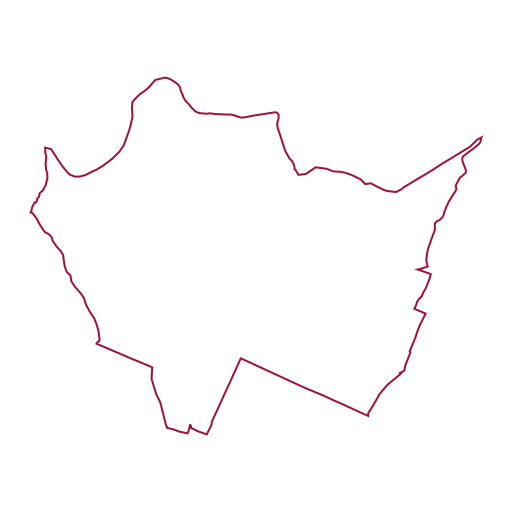 outline of Tlanepantla, Puebla, Mexico
{"feature_id": "50627088B83068266269285", "entity_name": "Tlanepantla", "entity_type": "district", "adm_level": 2, "iso_a3": "MEX", "parent_name": "Mexico", "parent_adm1": "Puebla", "projection": "albers", "projection_center": [-97.882, 18.857], "detail": "fine", "context": "isolated", "style": "outline", "palette": "rose", "viewbox_px": 512, "rotation_deg": 0, "n_neighbors": 0, "source": "geoboundaries", "source_scale": "gbopen_adm2", "svg_char_len": 4449}
<svg xmlns="http://www.w3.org/2000/svg" viewBox="0 0 512 512"><path d="M164.7,77.6L155.2,80.0L152.6,83.0L148.8,87.3L148.4,87.7L146.2,89.7L139.2,94.8L134.9,99.1L132.4,102.2L132.0,107.5L132.5,117.0L130.2,126.9L128.5,132.2L123.7,145.4L119.4,151.7L112.2,158.8L102.3,166.2L96.9,169.5L91.7,171.8L85.5,175.0L79.6,176.6L74.7,176.6L69.8,174.6L66.3,171.0L63.0,167.0L58.8,161.1L57.1,158.4L51.4,149.5L51.1,149.1L47.8,148.3L45.2,147.6L45.2,152.1L46.3,156.7L45.6,163.8L46.1,169.8L47.2,172.6L47.4,178.6L45.5,185.7L42.5,191.0L40.4,192.4L39.5,193.5L39.4,195.5L38.6,197.3L37.3,198.3L36.8,201.1L35.8,202.6L34.6,202.4L33.3,205.0L31.9,207.9L31.7,209.6L31.2,211.2L30.7,212.6L32.1,212.7L36.5,218.3L40.2,225.3L41.8,227.5L43.6,230.4L45.3,232.4L47.1,233.3L48.5,233.9L49.7,235.0L51.0,236.5L51.9,237.8L52.6,240.5L52.7,241.0L54.9,244.0L56.5,246.4L58.7,248.9L60.9,251.3L61.5,252.6L63.3,255.2L63.2,256.3L63.3,256.4L63.5,257.9L63.8,260.6L64.8,266.7L66.7,271.8L70.4,275.3L71.3,281.1L75.0,286.9L80.6,293.2L84.0,298.1L86.0,304.7L89.8,311.7L94.4,318.7L96.7,324.8L98.4,330.7L99.6,339.5L99.0,341.3L97.6,341.9L96.5,343.7L112.2,350.4L117.8,352.8L119.0,353.3L126.7,356.6L127.4,356.9L133.0,359.3L133.8,359.6L139.9,362.1L152.2,367.3L151.6,378.1L151.6,379.1L156.3,394.3L160.3,402.4L160.7,404.0L161.4,406.9L165.0,421.1L166.1,425.7L166.8,426.3L166.8,427.7L175.8,430.1L176.4,430.4L177.7,431.2L180.3,431.8L187.6,433.4L189.2,429.0L189.9,425.2L190.9,425.5L191.1,427.9L197.4,431.0L197.7,431.1L198.6,431.5L206.7,434.4L211.3,425.4L211.4,424.6L211.5,424.4L211.9,421.6L215.0,414.8L217.4,409.7L220.6,402.6L224.8,393.4L228.3,385.8L240.4,359.2L240.8,358.3L276.3,374.7L291.5,381.7L306.3,388.5L324.0,395.8L328.7,398.0L335.0,401.0L337.0,401.7L339.0,402.6L341.2,403.6L343.4,404.6L345.5,405.6L350.1,407.7L352.2,408.6L352.7,408.9L353.2,409.1L354.4,409.7L356.5,410.6L357.1,410.9L358.8,411.7L361.3,412.8L363.8,414.0L368.1,415.9L368.3,413.0L370.8,409.2L373.2,405.3L376.0,400.5L379.4,394.3L386.2,386.2L388.3,384.1L400.9,373.6L400.1,373.0L404.3,370.7L404.4,370.1L405.3,365.5L406.1,363.4L408.5,357.4L409.8,353.9L410.5,352.2L409.7,351.2L412.6,344.3L413.5,342.2L415.1,338.4L417.3,331.6L418.8,327.8L420.0,324.8L425.6,313.6L414.3,308.8L414.8,307.8L415.4,306.5L416.1,305.2L416.5,303.9L416.7,303.0L417.0,302.1L417.7,300.9L418.5,299.6L419.2,298.6L420.0,297.9L421.1,297.1L421.6,296.4L422.1,295.5L422.5,294.4L423.0,293.4L423.4,292.3L424.0,291.3L424.8,289.9L425.7,288.3L426.5,286.6L427.0,285.2L427.6,283.6L428.3,282.1L429.0,280.2L429.5,278.8L430.2,276.3L430.8,274.2L429.1,273.4L417.6,269.5L420.5,268.9L422.1,268.4L427.0,266.7L427.7,266.5L427.2,264.6L426.6,262.1L426.4,260.1L426.5,258.2L426.7,255.8L427.0,253.7L427.4,252.1L427.9,249.4L428.1,248.5L428.3,247.9L428.8,246.6L429.7,244.3L430.4,242.2L431.1,239.9L431.7,238.3L432.5,236.4L433.5,233.6L434.6,230.9L434.8,229.2L434.9,227.4L434.8,225.0L434.9,223.6L435.4,222.7L436.2,221.8L437.1,221.3L439.9,219.7L440.4,219.3L442.8,216.7L443.6,215.0L443.8,214.4L444.2,212.4L445.1,210.1L445.8,208.3L446.6,206.2L447.6,204.3L448.1,203.2L448.8,201.5L449.4,200.6L450.3,199.4L451.0,198.1L451.7,196.8L452.5,195.7L453.7,193.9L455.0,191.8L456.5,189.1L455.6,185.7L459.1,179.0L459.6,178.0L465.8,172.8L465.9,170.2L462.5,161.2L462.3,158.9L462.3,157.9L462.6,157.3L463.5,156.0L465.0,154.9L468.3,152.3L472.2,149.5L475.4,147.0L478.9,144.1L480.2,142.2L480.7,140.9L480.9,139.4L481.1,137.9L481.3,137.5L479.0,138.7L477.0,139.8L470.2,146.6L440.6,164.7L431.2,170.8L423.4,175.5L416.4,179.6L410.1,183.5L403.5,187.4L401.7,189.1L396.2,192.0L394.2,191.8L387.0,191.0L383.2,189.7L370.7,183.3L365.3,184.1L360.6,179.2L357.8,178.0L353.6,175.9L349.7,174.3L345.0,172.7L341.4,171.9L333.2,171.3L326.2,168.7L315.5,167.3L314.6,168.1L309.1,171.7L305.7,174.1L298.4,174.8L295.6,170.0L294.6,169.3L294.4,166.8L293.6,163.9L292.7,162.5L291.8,160.7L290.5,159.6L289.2,158.0L288.4,156.5L287.3,154.6L287.1,154.2L285.5,151.4L284.0,147.2L282.1,141.4L280.9,137.5L279.2,132.2L277.9,128.8L277.2,125.3L277.4,122.4L277.9,120.5L278.5,118.4L278.7,116.4L278.5,114.4L276.9,112.6L275.0,112.3L269.7,113.1L263.1,114.1L252.9,115.7L247.4,116.8L243.8,117.5L240.7,117.5L237.3,116.4L233.6,115.2L230.6,114.5L225.8,114.5L219.5,114.2L214.6,114.0L210.2,113.3L206.7,113.7L203.9,113.5L200.0,113.2L197.4,112.4L195.3,111.3L193.9,110.0L191.8,107.9L189.0,104.4L186.9,102.4L185.2,100.3L183.7,97.9L182.6,94.8L181.4,92.3L180.6,89.8L179.9,87.2L178.6,85.2L177.5,84.0L175.4,82.5L172.9,80.9L170.3,79.2L167.7,78.2L164.7,77.6Z" fill="none" stroke="#9f1239" stroke-width="2"/></svg>